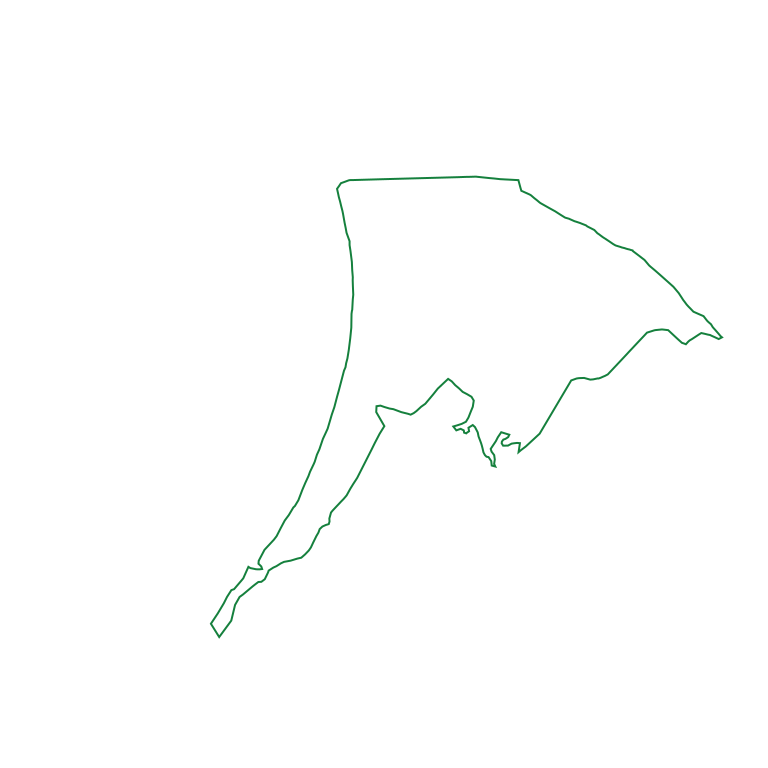 outline of Idku, Al Buhayrah, Egypt, rotated 320°
{"feature_id": "37247803B4110362295427", "entity_name": "Idku", "entity_type": "district", "adm_level": 2, "iso_a3": "EGY", "parent_name": "Egypt", "parent_adm1": "Al Buhayrah", "projection": "robinson", "projection_center": [30.316, 31.299], "detail": "fine", "context": "isolated", "style": "outline", "palette": "green", "viewbox_px": 768, "rotation_deg": 320, "n_neighbors": 0, "source": "geoboundaries", "source_scale": "gbopen_adm2", "svg_char_len": 4232}
<svg xmlns="http://www.w3.org/2000/svg" viewBox="0 0 768 768"><g transform="rotate(320 384 384)"><path d="M672.9,565.5L672.6,563.7L672.6,560.7L672.5,555.7L672.4,552.8L672.4,551.6L672.7,549.7L672.9,548.4L672.5,546.1L672.2,543.8L672.2,542.2L672.3,540.0L672.4,537.4L670.0,532.6L667.5,527.5L667.2,522.8L667.0,520.5L666.9,517.6L667.1,514.5L667.2,512.0L667.6,508.9L668.0,505.4L668.2,504.0L668.2,499.5L668.2,495.7L666.7,485.2L665.8,479.0L664.6,471.2L663.6,465.6L663.3,463.6L663.3,462.2L663.3,456.5L661.0,446.1L660.1,442.2L660.3,441.5L659.1,439.8L658.6,438.9L657.6,437.6L656.5,436.0L655.6,434.5L653.9,432.2L653.3,431.1L651.0,427.6L650.4,426.6L649.5,424.1L648.2,419.4L645.9,411.8L644.7,406.6L644.4,405.9L644.1,401.2L641.0,393.9L640.7,392.3L638.4,388.1L637.8,386.9L635.4,383.0L634.6,381.8L632.4,377.3L632.0,376.4L629.7,373.0L629.2,371.5L628.0,367.8L626.6,363.3L626.1,361.7L624.2,356.8L622.5,352.3L620.4,346.7L620.0,345.5L619.8,344.5L619.3,341.6L618.6,338.3L617.9,334.0L617.7,333.3L617.1,331.9L613.4,324.3L614.6,321.5L618.0,314.2L615.3,311.7L612.1,308.7L609.3,306.1L604.6,301.7L600.4,297.3L597.3,294.2L588.3,284.9L587.9,284.4L583.2,280.7L579.5,277.7L574.1,273.5L512.4,224.5L490.9,207.5L489.2,206.1L488.3,205.5L487.0,205.0L483.9,203.9L480.1,202.5L477.0,203.4L473.5,204.3L471.1,208.9L469.6,211.7L467.7,215.9L465.5,220.3L463.4,224.7L462.0,227.3L457.5,235.1L454.9,239.9L452.5,244.1L449.4,252.5L446.9,255.5L443.8,260.6L437.8,269.9L432.8,276.4L428.7,282.2L426.8,284.3L423.1,289.0L417.8,295.9L414.4,299.2L407.3,306.8L406.5,307.3L404.2,309.4L400.9,313.2L395.2,319.8L387.5,327.3L379.0,335.2L372.4,340.9L368.3,343.8L365.3,346.4L361.9,348.1L345.4,359.8L339.7,363.7L331.1,369.8L324.3,373.9L319.5,377.1L312.1,382.0L307.9,384.0L301.9,386.8L292.5,392.5L287.1,395.1L281.0,399.0L278.6,400.2L270.9,403.7L266.9,406.0L260.3,409.1L253.4,412.6L243.7,418.0L237.3,420.2L235.2,420.3L226.9,423.2L222.7,424.2L220.2,424.8L211.8,428.2L204.0,431.5L199.6,432.5L185.9,434.2L174.4,438.9L172.3,441.0L172.5,442.5L172.7,444.9L171.7,447.4L169.7,446.1L167.0,443.8L165.6,442.0L163.3,439.1L162.6,436.9L151.3,442.4L148.6,442.9L137.3,444.8L134.6,443.8L126.9,446.2L120.4,449.0L109.2,452.9L97.3,456.4L95.1,471.9L114.9,467.1L127.9,457.5L136.5,454.3L140.6,454.6L142.8,454.6L149.2,454.6L153.2,454.6L156.6,454.7L160.5,454.9L162.9,456.7L167.2,456.9L173.9,453.9L175.7,452.8L181.2,453.5L184.5,454.4L189.8,455.1L193.1,456.0L198.9,459.3L205.5,462.1L209.0,463.9L214.0,463.8L219.4,463.2L223.0,462.2L227.7,460.0L234.5,457.0L238.2,455.7L241.5,453.8L245.2,453.6L248.8,454.6L251.6,455.8L253.8,454.4L255.7,451.9L260.8,448.4L263.5,447.9L275.2,446.5L279.2,446.1L283.8,445.3L290.8,442.6L295.9,440.9L303.1,438.7L332.2,426.3L339.0,423.3L348.7,419.3L357.2,416.5L360.0,400.5L364.0,396.2L367.4,398.3L369.6,402.0L372.5,406.4L375.0,409.3L379.2,416.7L383.2,422.2L384.7,424.6L388.0,425.4L391.4,425.6L397.8,425.3L402.9,425.7L414.9,423.6L422.3,422.1L436.4,421.3L437.6,425.5L437.8,430.6L438.7,435.8L439.2,440.6L441.1,445.2L442.8,450.0L442.1,454.4L437.4,458.5L433.0,460.8L427.1,464.0L422.5,465.6L417.9,464.5L413.2,462.6L409.8,461.1L409.6,466.0L413.9,467.6L415.3,470.8L414.1,472.8L415.3,474.7L416.2,474.6L418.8,474.9L420.6,471.8L425.6,472.5L426.0,475.5L424.7,481.3L422.7,485.0L421.4,488.8L420.2,492.1L419.2,494.4L418.1,496.7L416.2,500.4L415.6,503.4L415.8,505.6L417.1,507.2L416.6,512.0L414.1,515.7L416.2,518.8L417.0,516.0L420.3,513.1L422.7,509.3L422.9,505.0L424.0,502.3L427.4,501.3L432.9,499.7L436.9,498.0L442.8,496.3L447.4,503.4L445.0,504.5L441.7,504.1L439.7,503.3L437.3,503.9L436.0,505.1L435.6,507.8L439.4,510.9L443.4,511.7L445.7,513.1L448.1,514.7L450.1,516.7L443.3,522.7L446.3,522.7L448.5,522.8L450.4,522.9L452.6,523.0L471.3,522.1L529.7,501.6L535.1,503.6L536.6,504.5L537.6,505.2L541.2,508.0L544.8,513.2L547.2,514.9L551.3,517.1L551.9,517.7L554.0,518.5L556.5,519.2L558.4,519.8L560.7,520.3L561.6,520.5L583.6,517.9L593.3,516.7L607.6,515.0L613.7,514.3L618.5,513.7L619.2,514.0L625.5,516.6L626.6,517.2L631.9,520.8L632.9,521.8L636.3,525.4L637.2,532.7L637.9,538.3L638.7,544.0L640.0,546.1L640.8,547.6L644.4,547.1L645.5,547.1L646.4,547.1L648.5,547.5L652.7,548.0L657.0,548.5L659.8,548.9L661.8,551.5L663.9,554.4L665.3,556.1L665.8,557.3L667.3,560.4L669.3,564.7L672.9,565.5Z" fill="none" stroke="#15803d" stroke-width="2"/></g></svg>